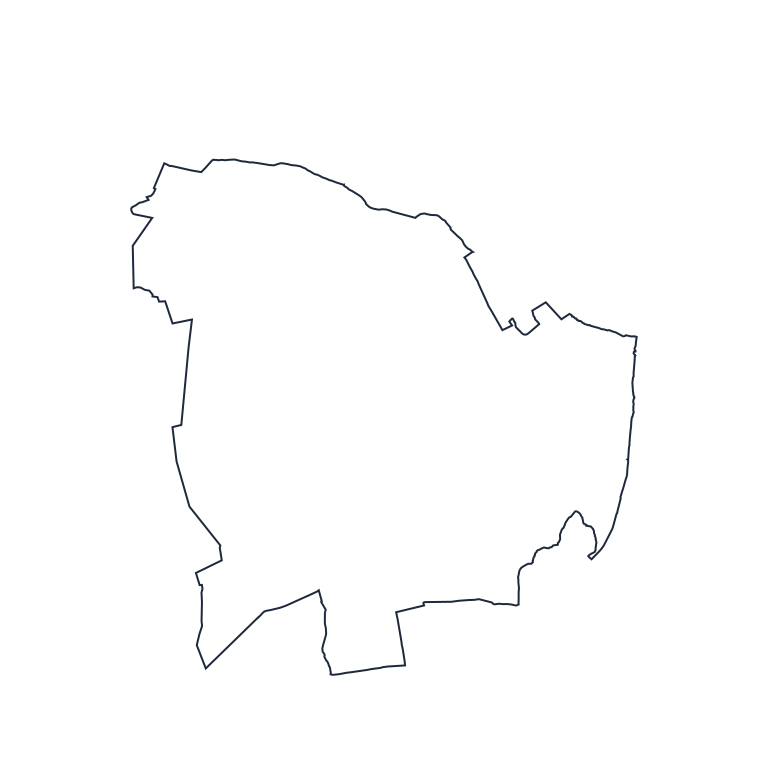 the district of Margineni, Neamt, Romania, rotated 343°
{"feature_id": "2599482B23052951043248", "entity_name": "Margineni", "entity_type": "district", "adm_level": 2, "iso_a3": "ROU", "parent_name": "Romania", "parent_adm1": "Neamt", "projection": "natural_earth1", "projection_center": [26.666, 46.886], "detail": "fine", "context": "isolated", "style": "outline", "palette": "slate", "viewbox_px": 768, "rotation_deg": 343, "n_neighbors": 0, "source": "geoboundaries", "source_scale": "gbopen_adm2", "svg_char_len": 6166}
<svg xmlns="http://www.w3.org/2000/svg" viewBox="0 0 768 768"><g transform="rotate(343 384 384)"><path d="M472.5,599.0L473.7,598.1L474.3,597.9L474.4,596.9L474.6,596.4L475.0,596.2L475.6,594.8L476.2,593.9L477.7,592.6L477.8,592.0L478.4,591.7L478.5,591.4L478.5,590.9L478.9,590.4L479.5,589.9L480.9,589.2L481.1,588.6L482.0,588.0L483.9,587.9L488.4,587.1L489.5,587.2L490.5,587.9L493.4,589.3L494.9,588.8L496.3,589.0L496.8,588.9L498.4,587.9L499.3,587.9L503.1,588.6L503.3,588.2L503.7,586.9L504.8,586.5L507.1,584.0L508.2,579.6L511.3,575.4L511.7,575.2L512.5,574.4L512.9,574.4L513.9,573.9L514.5,572.8L515.4,572.1L516.1,570.8L518.0,568.8L519.2,568.0L519.9,567.2L522.3,565.7L523.8,565.6L524.3,565.3L528.1,562.7L529.5,561.8L530.0,561.8L531.1,562.2L531.7,562.8L533.1,564.6L533.8,566.4L534.0,568.0L534.6,569.8L534.4,570.1L534.5,570.9L534.0,575.1L534.4,575.9L534.5,576.4L536.4,577.8L536.0,578.7L540.1,580.7L541.6,583.8L541.5,584.2L541.8,585.8L541.3,587.9L541.5,590.1L541.2,591.0L541.4,592.7L541.3,593.7L540.9,594.5L541.0,596.3L540.9,596.8L540.5,598.5L539.8,599.5L539.1,601.4L538.6,602.2L537.8,604.6L536.5,606.1L535.8,606.4L533.1,606.8L531.2,607.3L529.7,607.8L529.0,608.3L529.0,608.6L531.2,612.3L540.9,607.0L544.6,604.6L547.1,602.6L559.7,589.6L561.2,587.6L568.0,576.8L568.7,575.8L569.3,575.6L570.2,573.7L576.8,562.8L577.0,561.7L577.3,561.0L581.1,555.2L581.9,554.2L586.9,546.4L589.1,543.3L589.9,541.8L592.2,535.7L594.5,530.4L595.1,528.6L595.2,528.1L594.6,527.2L594.9,527.1L595.6,527.1L598.6,519.1L599.9,515.9L601.1,513.7L601.7,511.6L602.2,510.3L602.6,509.7L602.8,508.8L606.5,499.8L608.0,496.5L609.6,492.0L611.3,488.3L611.6,488.3L612.1,487.8L613.7,485.0L614.5,484.3L614.7,482.0L615.3,480.4L615.6,479.1L616.9,476.2L617.1,475.3L617.0,474.3L617.3,473.4L617.9,472.1L618.7,471.1L619.2,470.8L619.6,469.6L619.3,469.3L619.2,468.8L619.5,467.8L619.3,466.8L619.9,465.0L619.8,464.3L621.9,455.3L624.1,450.5L624.9,449.8L626.1,445.9L630.2,435.7L631.9,431.0L632.7,430.5L632.6,429.7L632.0,428.9L631.7,427.9L631.9,427.2L632.2,426.5L632.9,426.2L633.9,426.5L634.2,426.2L634.3,425.7L633.7,424.5L634.0,423.3L634.9,422.1L635.7,421.3L637.6,416.7L639.4,412.9L638.0,411.8L637.2,411.8L636.4,411.3L634.3,410.8L629.6,408.1L628.6,408.5L627.3,408.5L626.6,408.3L620.7,402.4L617.5,400.3L615.5,398.6L614.4,398.1L613.5,398.2L610.2,396.0L608.3,395.3L606.0,393.4L598.5,388.7L598.1,387.9L596.8,387.6L594.5,386.0L593.8,385.6L593.1,385.0L593.1,384.7L592.8,384.4L591.8,383.6L591.4,382.6L590.5,381.4L589.6,380.9L588.6,380.7L588.3,380.4L588.2,379.8L587.9,379.2L587.1,379.0L586.9,378.2L587.0,377.6L585.7,376.9L585.5,376.6L585.4,375.8L584.6,374.8L583.4,374.4L583.4,374.1L583.6,373.5L583.4,372.8L581.8,371.2L572.6,374.0L562.6,353.2L547.2,357.2L547.2,359.1L546.9,362.5L547.4,363.9L547.6,365.0L547.4,365.8L547.5,366.5L549.6,370.6L549.9,372.1L537.3,377.6L535.4,378.2L534.4,378.3L533.5,378.1L532.2,377.5L531.6,377.0L530.8,375.9L527.3,369.2L526.9,368.4L526.8,367.4L526.9,365.9L527.2,365.0L527.4,364.0L526.8,362.2L526.4,359.4L526.1,359.0L525.3,359.0L524.9,359.2L522.1,360.9L523.6,365.5L513.0,367.1L508.5,347.1L506.6,339.5L506.5,337.4L503.7,315.9L503.6,313.4L502.9,310.8L501.9,306.1L501.6,304.0L501.6,303.0L500.3,297.2L499.1,290.1L498.8,288.8L497.9,286.5L506.7,283.7L507.5,283.7L506.8,283.0L506.7,282.5L505.6,280.7L503.9,279.1L502.1,276.1L502.1,275.4L501.4,274.1L500.8,269.4L498.8,265.8L498.1,265.0L493.1,256.0L493.0,255.5L493.1,254.4L493.4,253.9L490.5,247.5L490.6,246.9L490.3,246.2L488.8,244.2L488.1,243.9L485.8,239.9L484.0,238.1L477.4,235.7L476.5,235.0L474.3,234.0L473.0,232.9L469.9,232.3L468.2,232.3L463.9,233.6L462.6,234.3L442.1,221.5L440.4,219.9L437.2,217.8L434.1,216.6L429.5,215.6L425.1,213.2L423.7,212.2L422.7,211.4L421.3,209.9L419.4,206.5L419.5,205.3L419.2,203.9L417.6,199.8L416.7,198.1L414.7,195.6L409.9,190.1L407.5,187.9L406.2,185.6L403.9,183.0L403.7,182.3L404.0,181.6L403.3,181.5L397.0,177.1L393.2,174.1L391.7,173.3L388.5,170.5L385.8,168.6L382.3,165.1L381.4,164.4L379.0,163.0L377.2,161.0L375.4,158.9L373.6,157.4L371.9,155.0L369.6,153.2L367.7,151.4L364.3,149.6L359.5,147.6L355.9,145.4L354.3,144.7L352.4,143.6L349.4,142.6L342.6,142.7L338.7,141.2L327.6,135.7L322.3,133.3L320.7,133.0L317.1,131.1L313.0,129.4L306.9,125.7L301.5,124.3L297.7,123.6L295.0,122.5L293.0,121.9L291.5,121.8L289.2,120.7L287.0,120.0L286.4,119.6L284.8,120.0L284.1,120.4L276.1,125.3L271.8,127.6L271.1,127.9L261.8,123.2L246.8,114.6L244.2,113.2L242.9,112.8L242.2,112.3L240.6,110.6L238.4,108.7L221.2,129.4L222.4,130.8L218.9,134.5L216.2,135.9L211.7,135.9L212.7,139.1L205.7,139.5L203.3,139.1L198.9,140.5L194.5,141.4L193.4,142.7L193.1,144.5L193.5,146.9L194.0,148.0L194.9,148.7L210.9,157.4L184.1,178.4L172.6,219.3L176.0,219.2L179.3,220.5L182.6,223.8L183.8,224.6L186.9,226.1L188.8,230.8L188.2,232.6L192.8,234.7L193.0,239.5L198.9,240.9L199.5,264.3L219.2,266.2L207.9,291.7L178.2,363.9L169.1,363.4L163.0,397.4L162.1,444.4L180.3,490.6L179.1,492.4L177.3,505.2L148.9,509.7L148.9,522.4L151.1,522.9L150.6,526.7L148.5,530.1L146.1,539.5L140.2,557.4L139.3,562.2L134.3,569.3L128.6,579.0L130.4,603.9L195.4,570.4L195.4,570.6L196.5,570.1L201.5,567.2L203.1,566.6L205.4,566.5L209.3,567.0L219.4,567.6L225.6,567.3L255.9,563.4L259.9,562.8L261.3,562.2L261.0,573.5L260.4,573.6L260.2,574.0L262.1,582.2L262.3,582.6L260.5,585.9L258.2,593.1L257.4,596.0L257.0,600.5L255.7,605.8L254.8,607.5L249.1,616.4L247.9,618.5L247.3,620.6L247.1,622.2L248.0,624.9L248.0,625.4L248.0,625.9L247.4,626.8L247.3,628.0L247.9,631.3L248.8,633.5L249.0,635.6L248.9,637.7L249.3,638.7L249.4,639.4L248.9,642.5L248.8,644.3L248.0,646.0L249.8,647.1L255.7,648.3L264.4,649.3L266.9,649.8L283.6,652.4L288.9,653.0L298.0,654.5L299.8,654.4L304.6,655.2L321.9,659.3L322.7,655.0L324.3,644.0L324.6,641.0L324.7,638.8L325.3,635.9L328.3,612.5L328.9,605.8L357.4,607.5L357.6,607.5L357.5,606.0L357.7,604.8L358.3,604.5L359.6,604.6L384.9,612.0L392.3,613.2L402.0,615.4L407.6,616.9L411.9,617.5L423.3,624.5L423.8,625.7L424.4,626.4L424.9,626.8L426.2,627.2L429.9,627.8L433.7,629.4L437.1,630.3L441.4,632.1L444.4,633.9L445.9,634.5L448.3,634.2L448.4,633.5L450.2,628.1L451.7,623.0L453.4,618.6L454.3,613.9L455.5,609.7L455.5,608.5L459.0,602.0L461.0,600.2L463.3,599.3L468.7,598.1L470.2,598.3L472.5,599.0Z" fill="none" stroke="#1e293b" stroke-width="2"/></g></svg>